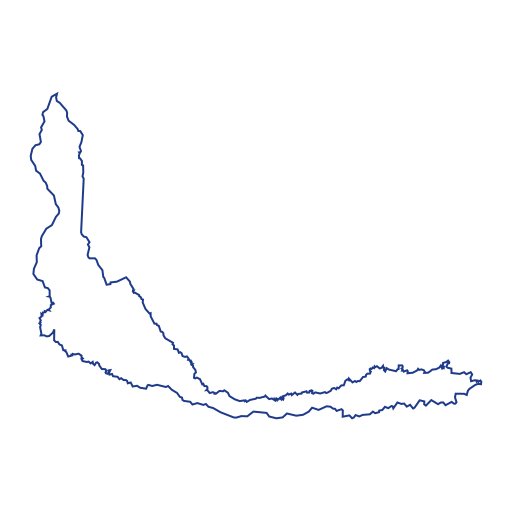 Restrepo, Meta, Colombia (Robinson projection)
{"feature_id": "7082276B24108875707183", "entity_name": "Restrepo", "entity_type": "district", "adm_level": 2, "iso_a3": "COL", "parent_name": "Colombia", "parent_adm1": "Meta", "projection": "robinson", "projection_center": [-73.4, 4.296], "detail": "fine", "context": "isolated", "style": "outline", "palette": "blue", "viewbox_px": 512, "rotation_deg": 0, "n_neighbors": 0, "source": "geoboundaries", "source_scale": "gbopen_adm2", "svg_char_len": 5974}
<svg xmlns="http://www.w3.org/2000/svg" viewBox="0 0 512 512"><path d="M57.0,93.7L51.7,96.7L47.3,109.0L43.1,112.1L42.4,114.9L43.4,116.1L44.5,121.4L41.1,127.3L41.8,130.0L39.5,134.1L40.9,142.0L39.3,144.3L35.5,145.2L32.4,148.8L30.7,156.0L31.2,159.9L35.2,165.9L36.1,170.7L40.0,173.6L43.6,180.8L45.6,182.5L47.1,185.8L47.4,188.8L53.9,195.5L55.8,204.1L58.4,207.6L59.3,210.9L58.8,213.5L55.9,216.9L51.9,225.1L46.3,228.7L41.8,236.2L41.0,239.0L41.2,246.3L39.2,248.2L36.6,255.3L36.8,262.2L33.9,268.8L33.4,274.0L37.2,279.5L42.6,281.1L44.9,287.4L47.8,288.1L49.6,290.3L49.7,296.2L48.9,296.5L49.9,296.7L50.6,298.1L51.5,302.7L53.1,302.7L53.8,303.7L50.8,305.1L50.8,307.4L48.7,309.6L49.2,310.3L47.5,309.8L45.7,311.6L45.0,311.3L45.2,312.2L42.9,312.5L42.6,314.9L41.4,313.9L41.6,316.5L39.5,318.1L40.8,320.3L40.2,321.4L40.6,322.5L39.4,323.3L40.8,325.0L40.1,327.1L41.4,333.8L40.7,335.4L44.3,335.3L46.7,336.4L49.2,336.0L52.8,332.8L54.3,329.4L54.1,340.3L55.8,342.0L57.8,341.9L59.5,344.5L61.9,345.4L63.3,350.2L65.4,350.3L65.2,351.2L66.3,352.0L68.2,356.5L70.9,355.9L71.4,354.7L72.4,355.2L72.8,353.9L74.7,354.5L78.6,353.7L81.5,355.6L81.4,356.9L82.8,358.5L81.5,359.0L82.6,361.1L87.0,362.0L88.6,361.6L90.6,363.4L92.7,361.9L93.1,363.8L94.6,365.1L96.1,362.7L97.3,362.3L99.1,364.0L99.3,365.5L101.8,369.0L105.4,369.2L106.3,370.6L105.5,372.4L106.0,373.3L107.6,373.8L108.6,372.4L108.5,370.4L110.3,370.1L109.1,372.6L109.5,374.6L112.1,374.0L113.0,376.2L117.6,376.8L119.4,379.2L121.1,378.2L123.6,380.0L125.9,380.1L127.1,380.9L127.8,383.3L130.7,382.5L132.7,386.5L137.1,385.8L140.0,387.7L146.1,388.7L147.6,385.3L148.5,384.9L152.2,386.0L157.0,384.8L165.9,387.0L168.1,386.0L171.7,389.7L177.1,393.0L179.8,396.8L182.0,397.6L182.5,399.9L183.9,400.9L190.2,401.8L192.4,404.5L197.4,403.1L203.3,404.9L205.9,404.0L208.5,406.8L213.1,408.0L220.6,412.3L233.9,417.5L236.3,417.6L241.3,416.1L247.3,416.3L253.4,411.6L266.6,412.9L269.2,416.5L276.4,418.3L282.7,417.4L286.9,413.5L296.3,415.7L303.0,414.8L308.7,411.7L312.1,407.7L318.6,409.9L326.6,406.3L330.4,406.7L333.2,408.7L335.0,408.8L336.6,410.9L341.5,409.2L342.8,410.4L342.7,416.7L349.4,415.4L352.1,418.3L353.8,417.5L355.6,415.1L359.3,416.4L362.7,414.9L369.9,414.3L372.9,411.6L375.1,413.2L379.0,412.2L379.2,410.6L382.3,410.0L385.0,406.8L388.2,408.2L391.5,406.0L392.7,406.4L393.3,408.4L397.4,402.5L401.3,403.9L404.2,403.6L406.7,406.6L410.1,404.8L413.1,408.5L414.5,407.7L419.7,400.3L424.3,401.4L424.2,404.3L425.9,405.6L431.3,400.1L438.1,404.2L440.5,402.6L443.2,402.4L445.5,405.2L451.7,401.9L454.0,403.7L455.3,403.7L456.5,402.3L455.0,397.3L455.7,393.7L464.2,393.8L466.7,395.0L467.9,390.7L469.5,388.8L475.4,384.8L478.3,383.9L481.0,384.2L481.3,381.7L480.4,380.5L478.4,381.8L477.8,380.7L476.7,381.7L476.2,380.4L475.1,380.2L471.1,381.2L470.5,377.6L472.2,374.5L470.7,372.2L466.3,374.2L464.1,372.2L459.8,373.9L451.5,373.0L451.4,368.6L447.7,367.8L446.3,366.6L448.0,363.2L449.1,363.2L449.3,362.2L448.1,360.6L446.1,362.1L443.1,362.9L442.8,365.7L443.9,366.5L443.7,368.2L442.6,367.7L442.1,368.4L440.8,365.5L439.3,367.6L436.0,369.2L432.3,369.6L428.5,372.5L426.9,372.8L424.2,372.9L424.7,371.6L423.9,370.3L421.6,369.4L419.2,369.9L418.1,368.8L417.2,370.4L412.8,372.7L407.5,373.3L407.8,371.2L407.1,370.3L403.7,371.6L403.2,370.6L402.2,370.6L402.7,369.7L401.6,368.6L402.6,367.8L402.7,366.2L402.1,365.4L398.7,365.4L398.6,369.1L397.5,369.3L396.1,371.2L389.0,369.6L386.7,368.2L385.2,371.5L383.9,370.1L384.4,367.7L383.3,367.6L383.0,365.9L381.6,367.8L379.8,368.5L376.9,366.2L375.3,367.1L374.6,366.4L374.1,368.1L372.7,367.5L371.7,368.9L370.4,368.5L369.7,369.1L370.0,371.0L370.8,371.5L370.0,373.6L367.3,373.7L366.1,374.8L365.7,376.6L363.0,377.0L359.7,381.2L357.9,381.0L356.4,382.0L355.0,381.0L352.5,382.4L349.0,378.6L348.8,380.2L347.4,379.3L345.4,380.8L343.8,385.3L341.3,385.4L338.6,388.3L337.2,387.6L336.2,389.3L334.2,388.0L331.9,388.7L330.8,390.7L327.4,392.7L326.0,393.0L325.0,392.1L320.2,393.5L315.3,392.4L313.4,393.7L312.1,393.2L312.3,392.0L311.6,391.5L312.3,390.8L311.6,390.3L309.7,390.9L308.9,393.3L308.9,392.5L307.0,392.6L306.5,391.3L301.9,392.5L301.5,393.6L298.3,393.9L297.4,394.9L295.0,392.5L291.8,395.1L291.2,393.6L288.7,394.6L287.7,393.5L285.8,395.3L282.5,396.4L282.2,397.5L283.2,397.0L283.6,398.4L283.1,399.6L281.1,397.8L281.0,399.2L279.8,398.0L278.4,399.5L276.7,398.6L276.8,400.1L274.8,398.9L275.0,400.4L271.9,398.5L269.1,399.1L265.4,395.6L264.9,396.5L259.6,397.9L256.7,397.7L255.9,398.7L250.1,399.9L246.7,401.9L245.7,400.4L244.6,401.2L244.0,400.4L239.8,401.1L234.7,399.3L229.5,396.1L227.9,392.7L224.3,390.3L223.0,391.3L219.5,390.9L215.8,393.8L214.5,393.7L214.6,392.9L212.9,392.2L209.7,393.0L207.2,390.0L206.4,390.1L207.5,388.8L207.3,386.9L206.5,386.1L204.4,386.1L203.3,383.8L202.3,384.4L200.0,379.2L196.9,377.6L195.1,378.4L194.0,377.8L194.4,373.8L195.9,372.4L195.4,370.0L193.1,367.1L193.1,365.8L191.7,364.9L192.5,364.1L191.6,364.0L192.0,363.3L191.1,362.9L191.5,361.7L190.9,360.8L190.3,361.5L189.3,359.9L188.1,359.8L188.6,358.5L186.9,356.4L185.1,356.9L182.6,356.1L181.5,353.1L180.3,352.3L180.8,351.8L178.9,352.8L177.6,349.4L174.0,348.9L174.0,345.5L172.5,344.4L173.0,342.8L165.3,338.3L163.5,335.4L163.4,333.3L162.3,331.9L160.7,331.5L158.8,325.8L157.0,325.1L156.5,323.7L154.4,323.6L150.7,316.4L150.6,313.2L149.6,313.6L145.5,309.0L142.7,302.5L143.0,299.6L141.4,299.0L140.9,297.3L139.2,296.2L139.2,295.1L134.8,292.6L133.8,292.9L133.1,291.6L133.7,290.6L133.0,290.7L133.4,288.8L130.4,284.0L129.8,281.5L126.1,277.3L116.8,281.7L110.6,282.4L110.4,284.1L106.6,284.7L104.2,277.8L103.3,277.0L102.4,270.2L98.3,265.0L96.5,260.0L95.0,258.3L89.5,258.3L88.4,257.3L87.6,254.9L89.4,247.3L87.9,244.5L89.5,242.2L86.4,237.2L83.8,236.6L81.7,234.2L81.1,232.3L83.7,178.6L82.5,176.4L83.3,172.5L83.1,165.4L81.9,164.9L81.9,161.0L80.1,158.4L79.1,158.2L78.9,155.6L79.6,153.5L79.1,152.4L80.3,152.4L81.0,151.1L79.5,146.9L81.4,142.1L82.8,135.2L80.3,131.1L78.3,130.9L77.7,129.1L74.1,124.9L68.6,120.7L67.0,116.6L67.1,112.5L66.3,110.4L59.7,102.8L56.8,101.0L56.1,97.4L57.0,93.7Z" fill="none" stroke="#1e3a8a" stroke-width="2"/></svg>